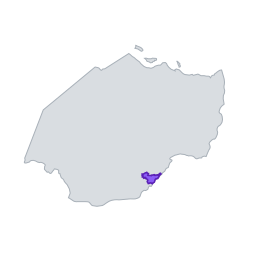 Momba, Mbeya, United Republic of Tanzania (highlighted), rotated 291°
{"feature_id": "72390352B95240342657452", "entity_name": "Momba", "entity_type": "district", "adm_level": 2, "iso_a3": "TZA", "parent_name": "United Republic of Tanzania", "parent_adm1": "Mbeya", "projection": "orthographic", "projection_center": [32.491, -8.789], "detail": "fine", "context": "in_parent", "style": "filled", "palette": "violet", "viewbox_px": 256, "rotation_deg": 291, "n_neighbors": 0, "source": "geoboundaries", "source_scale": "gbopen_adm2", "svg_char_len": 6267}
<svg xmlns="http://www.w3.org/2000/svg" viewBox="0 0 256 256"><g transform="rotate(291 128 128)"><path d="M97.5,176.4L94.9,175.0L92.6,174.2L90.7,173.3L89.8,172.4L88.0,172.1L86.5,171.9L85.0,171.1L82.1,170.8L81.7,170.2L81.7,169.0L81.2,168.7L80.1,168.3L78.9,168.4L78.2,168.5L77.8,168.4L76.8,167.7L75.9,166.8L75.6,165.3L74.2,164.4L72.7,163.6L68.3,163.7L67.7,163.5L66.6,162.8L65.4,161.5L64.4,160.1L63.6,158.2L62.7,155.6L57.7,145.4L57.1,143.4L56.2,141.3L54.6,138.6L52.9,136.7L50.6,134.9L47.9,133.1L46.5,131.9L43.8,127.1L43.3,124.9L42.8,122.5L43.0,121.6L44.7,118.5L44.8,117.7L44.6,116.5L43.8,114.1L42.7,111.2L40.6,105.9L40.3,104.5L40.3,103.5L41.5,98.1L41.5,97.4L46.5,97.4L50.2,95.0L53.3,91.5L54.0,90.0L55.3,87.7L56.5,86.6L57.0,85.8L57.7,83.5L59.4,82.0L61.0,80.8L60.7,80.0L60.9,79.7L61.8,79.1L63.6,78.5L63.9,77.3L63.9,76.0L63.6,75.2L63.7,74.4L63.4,73.9L62.3,73.8L60.6,73.1L59.2,72.8L58.2,72.4L57.9,72.2L57.7,71.3L58.5,69.3L57.7,68.4L59.4,65.0L59.8,64.6L60.4,64.5L61.4,64.2L62.3,64.0L63.1,64.1L63.7,64.0L64.2,63.6L64.6,62.4L64.9,60.5L64.7,58.9L64.0,57.7L63.8,55.8L64.1,53.4L63.9,51.3L63.1,49.6L62.3,48.6L61.0,48.2L59.0,45.7L58.4,44.5L58.5,43.7L59.2,43.4L60.5,43.5L61.6,43.2L62.7,42.5L63.8,42.3L64.4,42.4L114.5,42.4L172.9,75.3L173.2,75.7L173.6,78.6L173.5,79.5L172.6,81.1L172.3,81.9L172.3,82.5L172.5,82.8L173.3,82.9L174.0,83.3L174.2,83.6L174.7,84.8L175.3,85.4L197.3,101.7L197.8,102.0L197.5,103.3L196.2,106.6L196.1,107.9L195.6,109.5L195.1,110.6L193.8,115.1L192.7,116.8L191.2,120.8L191.0,123.9L191.7,126.0L192.0,128.1L193.7,130.1L195.0,130.8L195.9,131.7L197.5,133.8L198.4,135.9L201.3,137.0L202.5,139.3L202.0,140.9L200.6,142.2L199.3,144.4L198.3,147.2L198.2,151.5L198.9,150.8L200.4,151.9L200.6,155.1L198.9,158.8L198.4,160.5L198.3,162.0L199.4,166.4L201.1,168.7L200.9,169.4L200.5,170.0L203.4,174.0L203.0,177.5L204.1,180.2L204.5,182.6L205.2,184.4L205.3,185.6L204.4,187.0L206.6,187.4L207.8,188.5L208.4,189.6L209.9,189.6L210.8,190.4L212.0,191.0L214.6,192.8L215.3,193.8L215.7,194.6L208.2,200.2L205.5,201.6L203.6,202.2L201.5,202.6L199.6,203.4L197.7,204.8L195.3,205.5L192.5,205.4L189.4,206.4L184.7,209.2L181.9,207.6L179.8,207.0L177.3,207.0L175.8,207.2L175.2,207.6L174.7,208.5L174.3,210.2L172.6,211.7L169.8,213.2L167.1,213.7L164.7,213.3L163.1,212.7L162.2,211.8L161.0,211.4L159.3,211.4L157.7,212.0L156.2,213.2L153.8,213.7L150.4,213.5L148.7,212.9L148.4,211.9L147.0,210.7L144.3,209.4L142.3,209.3L141.1,210.6L139.9,211.4L138.9,211.7L137.9,211.7L136.6,211.4L132.9,211.2L129.4,211.2L129.1,209.4L128.3,208.3L127.7,207.6L126.5,207.5L126.2,206.9L125.8,205.8L125.2,204.8L124.4,204.0L123.9,203.3L123.8,202.6L123.9,201.8L124.7,199.9L124.9,198.7L124.8,197.3L124.4,196.0L123.6,194.4L123.7,193.9L123.5,192.8L123.4,192.1L123.6,191.1L123.4,189.8L122.7,187.1L122.7,186.5L122.0,185.2L119.7,182.1L119.6,181.7L115.9,178.5L114.5,177.9L113.9,178.4L113.7,179.0L113.9,180.0L113.8,180.5L113.6,180.7L112.8,180.7L112.2,180.5L110.8,179.7L109.8,179.5L107.1,179.6L106.1,179.8L105.4,179.6L104.0,178.2L102.3,177.9L100.8,177.8L98.3,176.2L97.5,176.4ZM201.9,125.7L203.0,129.2L202.9,129.8L202.0,130.2L201.6,130.2L201.0,129.6L200.7,128.5L200.0,128.8L198.9,127.4L197.9,127.3L196.9,125.6L197.3,124.2L197.1,121.8L198.3,120.5L199.0,118.5L199.7,119.9L199.9,122.1L200.9,124.8L201.9,125.7ZM207.9,105.6L208.0,106.4L207.8,107.2L207.8,109.6L207.7,111.2L206.8,113.4L206.0,114.1L205.4,113.9L204.8,113.5L204.4,112.9L205.3,108.9L204.9,105.9L206.6,106.2L207.9,105.6ZM204.8,154.6L204.0,154.8L203.6,154.6L203.1,153.9L204.0,153.4L204.9,152.3L207.0,150.7L208.0,149.4L207.8,150.7L206.6,153.4L205.6,153.6L204.8,154.6Z" fill="#d9dde1" stroke="#a8b0b8" stroke-width="1"/><path d="M84.7,170.5L84.7,170.8L85.1,170.9L85.5,170.8L86.0,171.3L86.9,172.0L88.7,171.9L89.8,171.8L90.0,172.0L90.7,172.3L90.6,172.6L90.9,173.0L91.6,174.0L92.0,173.8L92.7,174.1L93.2,174.3L94.2,174.3L94.5,174.4L94.5,174.2L94.5,173.7L94.7,173.8L94.8,173.8L95.0,173.9L95.3,174.1L95.5,174.0L96.0,174.4L96.2,174.6L96.4,174.8L96.3,175.1L96.8,175.3L96.9,175.2L97.0,175.0L97.3,175.0L97.4,174.4L97.2,174.3L97.0,174.2L96.9,173.9L96.8,173.7L96.7,173.7L96.6,173.8L96.4,173.9L96.3,173.7L96.2,173.7L95.9,173.6L95.7,173.4L95.6,173.2L95.4,173.1L95.2,173.0L95.2,172.9L95.1,172.7L94.9,172.5L94.9,172.4L94.8,172.2L94.7,172.1L94.7,171.9L94.5,171.7L94.5,171.8L94.4,171.7L94.3,171.4L94.2,171.5L94.1,171.3L94.1,171.2L93.9,170.9L93.8,170.7L93.7,170.7L93.7,170.4L93.7,170.2L93.4,170.0L93.3,169.9L93.3,169.6L93.5,169.6L93.9,169.3L93.9,169.2L93.7,169.0L93.7,168.9L93.3,168.5L93.2,168.4L92.8,167.8L92.8,167.7L92.7,167.7L92.5,167.4L92.5,167.2L92.4,167.2L92.2,167.0L92.2,166.9L91.9,166.9L91.8,166.5L91.8,166.4L91.8,166.2L91.6,165.8L91.6,165.5L91.5,165.3L91.4,165.2L91.3,164.8L91.2,164.6L91.1,164.3L91.0,164.1L91.0,163.8L90.9,163.7L90.9,163.4L91.5,163.4L91.8,163.4L92.1,163.4L92.4,163.4L92.6,163.4L92.5,163.2L92.6,162.9L92.8,162.9L92.8,162.6L92.9,162.4L92.9,162.2L93.0,162.1L93.1,161.9L93.4,161.5L93.4,161.4L93.1,161.3L92.8,161.2L92.7,161.1L92.5,160.8L92.5,160.6L92.5,160.4L92.4,160.3L92.3,160.2L92.2,160.2L91.9,160.0L91.6,159.6L91.3,159.5L91.2,159.4L90.9,159.2L90.6,159.0L90.6,158.9L90.4,158.8L90.4,158.7L90.2,158.6L90.1,158.4L90.0,158.1L90.1,157.9L89.9,157.8L89.9,157.7L89.7,157.8L89.6,158.0L89.5,158.3L89.4,158.4L89.3,158.5L89.2,158.6L89.1,158.9L89.0,159.0L88.9,159.0L88.8,158.9L88.7,158.9L88.6,158.7L88.5,158.8L88.3,158.8L88.2,158.9L88.2,158.7L88.1,158.8L87.9,158.8L87.8,159.0L87.8,159.3L87.7,159.3L87.7,159.2L87.6,159.4L87.6,159.5L87.5,159.4L87.5,159.5L87.4,159.7L87.4,159.8L87.2,159.9L87.2,160.1L87.3,160.1L87.2,160.3L87.3,160.3L87.3,160.5L87.3,160.8L87.2,160.9L87.2,161.0L87.3,160.9L87.3,161.0L87.2,161.0L87.3,161.1L87.3,161.3L87.4,161.2L87.4,161.3L87.4,161.5L87.5,161.5L87.5,161.4L87.7,161.5L87.7,161.8L87.8,161.9L87.7,162.0L87.8,162.0L87.7,162.2L87.7,162.3L87.7,162.5L87.5,162.8L87.6,163.0L87.4,163.2L87.3,163.3L87.2,163.4L87.1,163.5L87.0,164.1L87.0,164.4L86.9,164.4L86.8,164.5L86.7,164.8L86.6,165.0L86.4,165.2L85.9,165.3L85.8,165.2L85.7,165.2L85.3,165.1L85.1,165.0L84.8,165.2L84.6,165.3L84.4,165.5L84.2,165.8L84.1,166.1L83.9,166.3L83.6,166.5L83.4,166.7L83.3,166.8L83.4,167.0L83.8,167.2L83.9,167.3L84.0,167.4L84.2,167.6L84.0,167.8L84.3,168.1L84.6,168.4L85.1,168.8L85.2,169.0L84.9,169.2L84.8,169.4L84.7,169.5L84.6,169.8L84.7,170.2L84.7,170.5Z" fill="#8b5cf6" stroke="#5b21b6" stroke-width="1.5"/></g></svg>